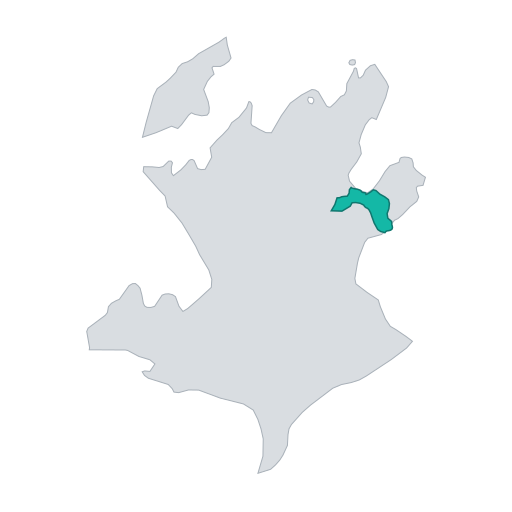 where Qax sits in Azerbaijan, rotated 93°
{"feature_id": "AZE-1726", "entity_name": "Qax", "entity_type": "District", "adm_level": 1, "iso_a3": "AZE", "parent_name": "Azerbaijan", "parent_adm1": "", "projection": "robinson", "projection_center": [46.846, 41.24], "detail": "fine", "context": "in_parent", "style": "filled", "palette": "teal", "viewbox_px": 512, "rotation_deg": 93, "n_neighbors": 0, "source": "natural_earth", "source_scale": "10m", "svg_char_len": 4101}
<svg xmlns="http://www.w3.org/2000/svg" viewBox="0 0 512 512"><g transform="rotate(93 256 256)"><path d="M358.4,417.6L356.2,417.4L340.2,421.1L336.8,419.9L323.0,403.3L320.2,401.4L314.3,400.7L310.8,397.9L308.0,393.5L306.4,390.2L292.2,381.2L290.1,377.9L289.8,375.0L291.8,372.3L294.2,370.1L301.1,367.9L309.2,366.0L311.7,364.6L313.0,362.2L312.9,358.3L311.6,354.6L300.0,347.7L298.7,344.7L298.3,341.1L299.0,337.3L300.8,334.3L310.2,330.3L315.2,326.1L312.0,321.4L301.8,310.8L289.7,299.0L281.7,298.9L272.4,302.4L257.6,312.4L249.4,316.7L238.7,323.7L227.0,331.6L217.5,340.0L211.5,346.9L200.9,349.9L195.5,355.7L177.7,373.1L172.7,372.8L172.4,364.2L172.7,357.4L171.5,353.4L165.8,348.1L165.7,345.7L167.3,344.3L171.7,345.2L177.4,344.8L180.1,342.7L174.0,335.6L168.6,330.9L164.0,327.7L163.0,325.8L163.0,324.4L164.0,322.8L171.8,318.9L172.6,315.3L172.1,311.3L159.7,305.4L150.4,307.5L142.1,300.9L136.7,295.7L130.1,290.2L124.1,287.2L118.4,280.3L108.6,273.2L102.2,271.2L102.3,270.1L103.5,268.8L106.1,267.7L123.8,268.0L126.0,266.7L127.1,263.7L129.5,259.2L132.3,252.6L132.1,247.0L114.5,238.0L101.6,229.8L92.8,218.9L86.8,208.9L87.1,205.6L88.8,202.4L102.6,193.3L103.6,190.9L103.3,189.3L98.4,184.6L92.3,179.7L90.4,176.2L86.5,174.4L79.1,174.3L66.3,168.3L63.5,167.7L62.9,166.5L63.6,165.4L72.8,162.9L72.7,161.0L69.9,158.4L64.7,156.4L60.0,151.7L58.4,147.4L75.1,135.0L80.0,132.5L90.9,134.8L113.4,143.0L111.8,147.6L114.1,150.2L119.3,153.7L129.2,157.3L137.6,159.1L141.9,157.5L148.4,156.2L156.8,160.3L164.5,165.5L168.4,167.6L170.5,168.2L176.4,166.5L183.5,159.8L186.3,151.7L187.0,147.8L182.9,142.5L174.5,136.7L164.9,131.5L158.8,127.0L155.0,118.1L151.0,117.2L150.0,116.0L149.4,113.0L149.6,108.7L150.9,105.5L154.8,104.0L158.7,103.5L162.2,100.4L166.6,94.3L168.5,90.9L176.7,92.9L177.8,98.3L179.3,99.5L182.7,98.9L188.5,96.6L193.0,98.3L198.8,104.8L206.9,111.7L211.3,116.3L213.0,119.5L217.2,122.6L223.2,126.2L228.0,131.9L232.4,145.2L236.7,148.2L252.4,153.3L257.8,154.3L273.2,156.1L278.6,154.8L286.4,143.4L293.5,131.6L300.1,129.2L312.1,123.5L319.2,118.2L322.2,112.4L328.8,101.5L333.0,95.3L340.0,100.8L352.4,115.6L370.1,139.6L374.4,146.4L377.4,154.3L379.9,163.9L384.0,172.4L402.0,193.7L409.7,201.6L422.4,211.8L426.9,214.0L432.7,214.7L443.5,214.7L453.5,218.7L458.4,221.5L463.5,225.5L468.2,230.2L472.9,242.7L455.6,238.6L438.3,239.2L428.5,241.9L419.0,245.6L410.0,250.7L404.4,260.8L399.8,284.2L392.9,306.2L393.3,316.4L396.5,326.1L396.2,330.8L392.9,332.7L388.9,336.9L383.7,357.1L381.1,361.1L377.6,363.6L376.6,361.2L376.8,355.9L369.1,351.3L365.2,356.5L362.5,367.6L357.0,379.3L356.7,381.5L358.4,417.6ZM100.4,211.0L101.2,207.9L99.0,206.5L96.8,206.4L94.8,208.0L94.7,211.9L97.5,212.6L100.4,211.0ZM42.8,302.2L40.2,299.0L39.1,297.2L46.8,295.7L59.6,291.3L63.0,293.4L66.7,297.9L68.6,301.6L68.9,308.7L70.4,309.8L76.6,307.4L79.4,310.3L84.1,313.7L92.4,317.0L104.4,311.8L110.4,310.4L115.3,310.5L117.9,312.2L118.8,317.6L117.8,324.4L116.4,328.0L118.9,330.7L128.7,337.2L132.8,340.8L130.8,347.1L138.1,362.3L140.5,368.3L143.4,375.6L128.4,372.7L101.4,366.6L94.0,363.4L87.0,354.9L82.8,350.8L76.6,345.5L71.6,343.5L67.7,339.8L65.6,334.4L62.4,329.5L56.9,323.8L44.4,304.2L42.8,302.2ZM59.9,172.3L58.2,173.4L55.7,172.3L54.9,169.9L55.1,167.4L57.7,166.8L59.7,167.5L60.3,169.8L59.9,172.3Z" fill="#d9dde1" stroke="#a8b0b8" stroke-width="1"/><path d="M220.5,121.2L221.9,121.5L223.1,122.8L223.7,124.5L224.0,126.1L224.5,127.4L225.9,128.4L226.0,128.5L225.8,129.0L225.0,132.8L223.2,135.8L216.9,139.7L210.0,142.6L206.9,143.8L203.9,145.6L202.6,147.0L201.9,148.8L200.9,150.1L199.5,151.1L197.9,154.7L197.4,159.2L197.8,162.8L201.3,164.5L206.7,172.5L206.9,183.2L200.4,179.9L193.7,178.1L193.4,175.6L192.3,173.4L191.8,170.7L191.5,168.0L188.4,166.3L184.9,166.2L182.6,164.6L183.1,164.1L183.7,161.0L184.1,157.8L184.9,155.3L185.3,154.7L186.4,153.8L186.8,153.2L187.0,152.6L187.1,150.9L187.2,150.2L187.9,149.5L188.5,149.6L188.8,149.4L188.3,148.1L185.9,144.7L184.4,143.1L183.9,142.3L183.8,142.2L184.4,139.6L187.7,135.6L190.2,130.5L192.8,126.7L196.7,125.5L201.8,125.8L206.8,127.3L211.4,126.3L214.4,122.4L217.6,122.0L219.0,121.5L220.5,121.2Z" fill="#14b8a6" stroke="#0f766e" stroke-width="1.5"/></g></svg>